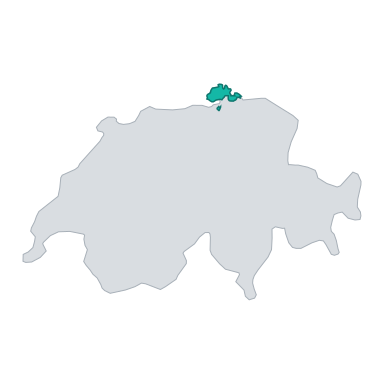 Schaffhausen highlighted on a map of Switzerland
{"feature_id": "CHE-171", "entity_name": "Schaffhausen", "entity_type": "Canton", "adm_level": 1, "iso_a3": "CHE", "parent_name": "Switzerland", "parent_adm1": "", "projection": "orthographic", "projection_center": [8.624, 47.681], "detail": "fine", "context": "in_parent", "style": "filled", "palette": "teal", "viewbox_px": 384, "rotation_deg": 0, "n_neighbors": 0, "source": "natural_earth", "source_scale": "10m", "svg_char_len": 3546}
<svg xmlns="http://www.w3.org/2000/svg" viewBox="0 0 384 384"><path d="M290.6,114.1L292.9,115.5L298.2,120.3L297.1,128.5L291.2,141.8L288.1,152.6L287.8,160.8L288.5,164.7L289.6,164.6L295.4,165.1L298.3,165.1L307.7,167.2L315.2,170.3L316.7,173.7L317.8,177.9L326.8,183.5L337.1,187.0L340.5,185.8L352.9,172.1L357.8,174.2L361.0,181.3L360.9,185.0L357.7,199.3L357.3,207.0L360.4,212.0L360.9,215.9L360.0,219.5L355.0,220.0L348.1,218.2L342.2,212.1L337.9,213.0L334.1,214.6L332.3,220.5L330.7,227.4L331.3,231.3L334.1,234.2L336.3,240.5L338.0,248.7L339.2,252.4L338.0,254.1L334.4,255.3L331.3,254.3L325.9,244.5L323.4,240.9L319.3,240.3L312.0,242.8L300.9,248.4L296.3,248.4L292.5,247.4L288.8,242.8L285.7,233.8L284.6,228.2L282.5,228.4L275.3,226.8L272.0,229.1L272.1,238.3L271.5,249.7L268.0,257.1L258.0,270.0L254.3,275.6L252.9,279.6L252.6,283.1L254.2,289.1L256.3,294.8L254.6,298.1L249.2,299.8L245.4,296.3L244.0,290.1L235.8,281.7L239.5,274.6L238.9,272.8L225.4,269.2L219.6,263.8L211.6,254.4L210.1,250.3L210.4,237.2L210.0,234.0L208.9,232.5L205.0,232.6L199.5,237.1L194.5,243.9L184.1,251.5L183.0,253.1L186.4,260.6L186.3,263.6L177.8,275.4L176.1,279.3L165.4,286.7L160.4,289.5L145.6,283.8L141.5,283.1L134.9,286.7L125.4,290.0L110.2,293.3L104.7,290.6L102.1,288.1L100.8,284.5L97.2,278.0L92.9,274.2L90.1,270.0L86.2,265.4L83.7,261.5L87.4,249.6L85.0,245.3L83.9,239.2L84.6,235.1L83.3,234.1L69.8,231.4L58.5,231.8L50.4,235.6L43.6,242.1L42.7,243.5L43.1,244.7L46.2,251.0L40.4,257.3L31.7,262.0L25.7,262.4L23.0,261.3L23.2,254.4L28.2,252.0L32.9,247.6L34.6,241.3L35.3,236.8L30.7,231.2L31.4,227.9L34.6,221.7L36.5,216.2L38.9,211.5L48.5,203.9L58.1,196.3L59.8,187.9L60.8,177.7L62.2,175.2L74.9,169.5L78.1,167.1L79.8,163.7L89.9,152.4L99.9,141.3L102.0,137.5L103.7,135.3L103.7,133.4L102.5,132.0L97.9,130.9L96.4,127.3L101.6,120.9L107.9,117.1L114.1,117.2L116.5,119.1L116.3,121.2L118.9,123.5L123.5,124.4L129.3,123.7L135.0,121.4L138.6,115.7L140.7,111.3L149.7,106.5L155.7,109.1L172.6,109.9L184.9,108.7L192.7,105.3L202.2,105.4L208.6,107.3L209.8,107.0L211.5,106.6L213.3,104.8L219.3,103.6L220.1,102.1L219.9,100.5L218.8,99.7L211.4,100.5L208.6,99.3L207.8,96.6L210.2,91.8L215.7,87.9L220.3,87.0L223.6,88.0L231.8,95.2L233.7,95.5L234.8,94.2L236.5,93.4L239.3,94.8L242.5,99.3L243.0,100.0L261.2,98.3L265.3,98.3L277.7,106.1L290.6,114.1Z" fill="#d9dde1" stroke="#a8b0b8" stroke-width="1"/><path d="M219.2,84.2L221.1,84.3L222.4,84.9L222.6,85.7L222.6,87.1L222.9,88.4L223.6,89.0L224.5,88.4L224.9,86.0L225.6,85.3L226.5,85.6L227.2,86.7L227.8,87.9L228.3,88.8L229.1,89.0L229.9,88.8L230.6,89.0L231.1,90.1L230.9,90.5L230.0,92.0L229.7,92.7L230.0,93.6L230.6,94.3L230.8,95.1L230.9,95.8L234.8,95.8L234.2,95.1L234.9,93.0L236.9,93.0L239.3,94.4L241.2,96.2L239.8,96.6L239.8,97.3L240.9,98.4L238.6,97.2L237.8,97.5L237.1,97.2L236.2,99.3L236.0,99.5L235.7,99.9L235.4,100.1L235.1,100.2L234.8,100.2L234.6,100.2L234.4,100.4L234.1,100.7L233.7,101.0L233.3,101.1L230.3,101.0L229.6,100.8L229.1,100.5L228.6,99.8L228.3,99.2L228.2,97.4L228.4,95.7L225.3,95.7L224.6,96.3L224.1,97.3L222.9,98.4L221.9,99.8L221.0,99.5L220.0,99.3L216.4,99.9L215.3,100.5L214.3,101.2L213.2,101.8L211.9,101.8L210.3,100.9L208.5,99.5L208.1,99.4L206.9,99.0L207.4,97.8L207.2,96.9L206.9,96.1L207.0,95.3L207.7,94.4L209.6,93.4L210.4,92.7L210.9,90.5L211.3,89.7L212.3,88.2L212.9,87.9L213.7,87.9L217.6,87.1L218.8,86.6L218.1,84.8L219.2,84.2ZM219.4,107.4L220.4,107.0L220.6,106.7L220.6,107.1L219.6,109.6L219.1,110.5L218.8,110.5L218.5,110.4L218.3,110.1L218.1,109.8L217.9,109.6L217.4,109.1L217.1,108.9L217.2,108.1L218.8,106.5L219.4,107.4Z" fill="#14b8a6" stroke="#0f766e" stroke-width="1.5"/></svg>